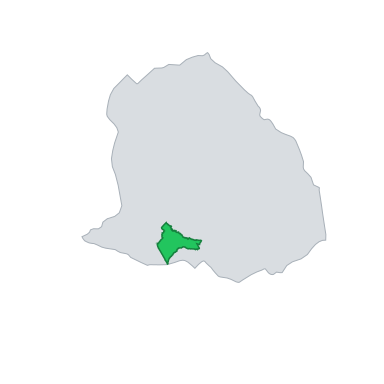 Tsholotsho, Matabeleland North, Zimbabwe shown in context, rotated 315°
{"feature_id": "62879985B28907517418650", "entity_name": "Tsholotsho", "entity_type": "district", "adm_level": 2, "iso_a3": "ZWE", "parent_name": "Zimbabwe", "parent_adm1": "Matabeleland North", "projection": "equal_earth", "projection_center": [27.51, -19.64], "detail": "fine", "context": "in_parent", "style": "filled", "palette": "green", "viewbox_px": 384, "rotation_deg": 315, "n_neighbors": 0, "source": "geoboundaries", "source_scale": "gbopen_adm2", "svg_char_len": 7052}
<svg xmlns="http://www.w3.org/2000/svg" viewBox="0 0 384 384"><g transform="rotate(315 192 192)"><path d="M252.5,320.6L250.0,318.4L246.6,317.0L242.2,316.4L236.4,316.7L229.4,317.8L221.8,316.4L213.7,312.4L207.0,311.0L199.0,312.7L198.7,312.7L197.3,311.4L195.1,308.4L191.4,307.9L190.4,307.2L189.6,306.1L189.1,304.7L188.9,303.2L189.5,298.3L189.2,297.8L188.2,297.2L186.2,296.6L181.4,294.4L175.3,292.3L165.5,290.0L161.7,289.3L160.8,288.6L159.7,286.8L157.8,281.3L156.0,277.6L151.8,271.9L151.1,270.1L151.3,265.6L151.6,262.0L152.1,258.9L151.9,256.0L151.8,252.4L152.0,250.0L151.4,248.9L149.8,248.2L145.4,247.8L140.1,248.0L140.0,244.3L139.5,238.6L138.5,235.4L137.2,233.7L134.8,231.9L129.8,229.5L123.1,225.8L117.3,220.3L110.7,213.5L108.6,212.3L106.2,205.9L102.4,194.9L102.7,191.3L102.1,189.5L98.5,184.1L97.6,181.3L97.0,178.5L91.2,170.6L89.2,167.1L87.7,162.7L86.2,159.1L85.0,157.7L83.3,155.3L82.2,152.5L81.6,150.5L82.0,147.7L82.6,145.8L88.1,147.8L91.1,148.0L93.4,147.0L96.3,148.3L99.8,151.9L103.6,152.6L107.7,150.3L113.2,151.0L120.1,154.6L125.9,155.3L132.7,152.1L138.8,143.3L144.5,135.1L150.2,125.5L153.6,117.8L158.6,111.5L165.2,106.7L172.0,102.6L182.3,97.5L184.3,93.4L185.0,88.9L185.0,82.6L185.6,78.5L186.7,76.7L188.4,75.2L190.6,73.3L197.4,68.6L203.1,65.5L210.0,63.5L217.6,63.5L224.9,63.4L229.1,63.4L229.1,69.5L229.4,76.3L230.2,77.0L235.7,77.1L244.5,77.6L253.0,78.0L258.4,83.0L260.2,84.0L265.8,85.4L273.0,93.6L281.6,94.4L287.6,96.9L292.8,99.8L295.8,103.1L297.7,103.9L300.4,104.1L301.6,104.5L301.3,106.9L299.5,111.0L299.7,116.9L302.0,125.1L302.3,132.2L301.4,144.8L301.3,156.9L301.5,161.2L301.9,164.1L302.4,165.6L302.3,167.4L300.8,172.5L299.5,177.9L299.5,180.0L299.0,181.5L298.2,182.8L294.4,185.3L293.7,186.8L293.7,189.6L294.1,191.9L295.5,192.8L297.2,194.1L297.9,195.8L297.9,197.6L297.3,201.0L295.7,206.6L297.1,213.1L298.8,217.2L301.1,222.1L302.0,225.0L301.9,227.2L301.5,229.3L297.9,238.1L295.4,243.5L292.3,249.4L288.2,253.1L287.1,254.8L286.7,256.9L286.8,261.2L286.5,265.8L283.0,272.9L285.1,278.9L284.6,279.5L283.4,280.4L278.4,287.2L273.3,294.1L269.5,299.1L265.3,304.8L260.6,311.2L256.6,316.7L252.5,320.6Z" fill="#d9dde1" stroke="#a8b0b8" stroke-width="1"/><path d="M164.2,233.1L164.2,232.7L164.1,232.4L163.4,231.7L162.9,231.4L161.9,229.8L161.6,229.5L161.4,229.1L161.2,229.1L161.1,228.9L160.7,228.7L160.6,228.9L160.2,228.5L160.2,228.4L160.3,228.2L160.1,228.0L159.9,228.1L159.7,227.9L159.6,227.5L159.3,227.0L159.3,226.7L159.2,226.5L159.1,226.0L158.9,225.8L158.6,225.8L158.3,225.4L158.3,224.9L158.2,224.6L157.9,224.1L158.0,223.9L157.8,223.6L157.8,223.1L157.7,222.9L157.7,222.6L157.4,222.6L157.1,222.6L156.8,222.3L156.6,222.4L156.4,222.5L156.4,222.3L156.4,222.1L156.4,221.8L156.3,221.7L156.2,221.5L155.9,221.6L156.0,221.4L155.9,221.2L155.6,221.1L155.5,220.8L155.6,220.6L155.6,220.4L155.3,220.3L155.2,220.2L155.0,219.7L154.8,219.8L154.7,219.6L154.4,219.2L154.5,218.9L154.2,218.7L154.2,218.4L154.1,218.2L153.9,218.0L153.7,217.8L153.7,217.6L154.0,217.1L154.1,216.6L154.1,216.4L154.2,216.2L154.2,215.8L154.2,215.5L154.3,215.4L154.5,215.2L154.2,214.8L154.1,214.6L154.1,214.4L154.4,213.9L154.3,213.5L154.3,213.0L154.1,213.0L153.9,212.7L153.7,212.6L153.7,212.4L153.7,211.9L153.8,211.7L154.1,211.3L154.2,211.1L154.0,210.6L153.7,210.7L153.4,210.4L153.1,210.3L152.9,209.9L152.7,209.8L152.6,209.7L152.6,209.4L152.7,209.1L152.4,208.6L152.4,208.3L152.5,208.2L152.8,208.1L152.4,207.9L152.4,207.7L152.5,207.5L152.5,207.2L152.8,207.3L152.8,207.2L152.2,206.7L152.0,206.8L151.8,206.8L151.8,206.7L152.1,206.3L152.0,206.2L151.8,206.2L151.7,206.4L151.6,206.5L151.4,206.2L151.0,206.2L150.9,206.1L151.0,205.8L151.0,205.7L150.8,205.7L150.7,205.5L150.7,205.4L150.8,205.4L151.0,205.5L151.1,205.4L151.1,205.1L150.8,204.8L150.9,204.5L151.0,204.5L151.2,204.8L151.3,204.9L151.4,204.7L151.1,204.6L151.1,204.3L151.3,204.3L151.4,204.2L151.2,204.1L151.1,203.8L151.3,203.8L151.5,204.0L151.6,203.8L151.5,203.7L151.5,203.3L151.6,203.2L151.6,202.9L151.7,202.6L151.8,202.7L152.0,202.4L152.0,202.1L151.9,201.7L152.1,201.4L152.3,201.6L152.6,201.5L152.8,201.6L153.1,201.7L153.2,201.4L152.9,201.0L152.7,200.7L152.6,200.3L152.4,200.2L152.4,199.9L152.4,199.7L152.2,199.5L152.1,198.9L152.1,198.6L152.0,198.3L152.1,198.2L151.9,198.0L151.9,197.9L152.1,197.6L152.1,196.8L151.9,196.6L151.9,196.3L151.5,195.8L151.5,195.7L151.8,195.7L151.8,195.9L151.9,195.6L152.0,195.6L152.1,195.4L148.8,195.4L145.4,195.6L144.8,196.5L144.8,196.8L144.8,197.0L144.7,197.4L144.7,197.6L144.9,197.7L145.0,197.9L145.1,198.4L145.1,198.6L145.1,198.9L145.2,199.1L145.2,199.3L145.0,199.5L145.0,199.9L145.0,200.1L144.9,200.1L144.6,199.9L144.0,200.0L143.7,200.2L143.4,200.5L143.2,200.5L142.8,200.4L142.3,200.1L142.3,200.4L142.2,200.4L142.1,200.5L141.8,200.4L141.3,200.5L140.9,200.8L140.8,200.7L140.7,200.8L140.4,201.0L140.1,201.4L140.1,201.5L140.1,201.8L139.9,201.8L139.7,201.9L139.0,202.5L138.8,203.0L138.8,203.3L138.7,203.6L138.8,203.8L138.7,203.8L138.2,204.0L137.6,204.0L137.3,203.9L136.8,203.9L136.5,203.8L136.2,203.9L135.9,203.9L135.7,204.0L135.3,203.9L135.2,204.0L134.7,204.2L134.3,204.2L134.1,204.1L133.9,204.1L133.0,204.3L132.7,204.4L132.4,204.5L132.2,204.5L131.9,204.3L132.0,204.5L131.7,204.5L131.2,204.5L130.7,204.7L130.4,204.6L130.3,204.8L130.2,204.8L130.0,205.1L129.6,205.7L129.6,205.8L129.2,206.4L129.2,206.5L129.0,206.9L129.0,207.2L128.9,207.6L128.6,207.8L128.6,208.0L128.5,208.4L128.5,208.6L128.5,208.8L128.3,209.1L127.9,210.8L127.9,211.0L127.2,213.5L126.8,214.9L126.7,215.6L126.1,217.4L125.9,218.4L125.3,220.4L124.9,221.0L125.0,221.1L124.2,224.4L123.7,225.6L123.8,225.7L124.7,225.4L125.1,224.6L125.3,224.4L126.0,224.4L126.2,224.1L126.5,224.0L126.7,223.8L127.0,223.7L127.7,223.4L128.0,223.2L128.3,223.0L128.9,223.0L129.2,222.8L129.3,222.9L129.5,222.7L129.8,222.7L130.1,222.7L130.7,222.8L130.9,222.6L131.2,222.6L131.5,222.6L131.7,222.8L132.1,222.9L132.8,222.7L133.2,222.7L133.6,222.6L134.0,222.8L134.3,222.6L134.9,222.4L135.2,222.5L135.7,222.2L136.0,222.1L136.7,222.4L136.8,222.5L137.2,222.4L137.3,222.5L137.6,222.8L138.0,222.8L138.1,222.7L138.4,222.7L138.7,222.7L139.0,223.0L139.7,223.1L139.8,223.0L139.9,222.7L140.4,222.4L140.5,222.3L140.6,222.1L140.8,222.0L141.7,222.3L142.0,222.2L142.3,222.1L142.4,222.3L142.6,222.4L142.9,222.2L143.1,222.2L143.4,222.6L143.7,222.7L143.8,222.9L144.1,223.1L144.4,223.4L144.6,223.6L144.8,224.0L145.2,224.0L145.7,224.2L146.4,224.4L146.8,224.3L147.0,224.5L147.4,224.9L147.5,225.4L147.7,225.6L148.0,225.7L148.1,225.9L148.2,226.2L148.1,226.7L148.2,227.1L148.4,227.5L148.5,228.1L148.8,228.7L148.9,229.1L149.0,229.1L149.4,229.8L149.8,229.9L150.1,230.3L150.4,230.4L150.5,230.6L150.6,231.1L150.9,231.4L151.5,231.8L151.7,232.2L151.8,232.3L152.0,232.5L152.5,233.0L152.8,233.3L152.9,233.5L153.0,233.5L153.3,233.8L153.3,234.0L153.5,234.4L153.6,234.6L153.6,234.9L153.9,234.8L154.2,235.3L154.4,235.4L154.6,235.4L154.7,235.5L154.9,235.6L155.1,236.3L155.3,236.4L155.3,236.5L155.5,236.4L155.6,236.5L155.8,236.3L156.2,236.6L156.3,236.6L156.5,236.5L156.7,236.9L157.1,236.8L157.3,237.0L157.5,236.8L158.9,232.1L160.2,234.5L161.4,233.7L163.0,233.5L164.2,233.1Z" fill="#22c55e" stroke="#15803d" stroke-width="1.5"/></g></svg>